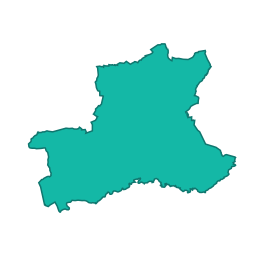 outline of Marcos Castellanos, Michoacán, Mexico, rotated 260°
{"feature_id": "50627088B85348734298248", "entity_name": "Marcos Castellanos", "entity_type": "district", "adm_level": 2, "iso_a3": "MEX", "parent_name": "Mexico", "parent_adm1": "Michoacán", "projection": "equal_earth", "projection_center": [-102.992, 20.05], "detail": "fine", "context": "isolated", "style": "filled", "palette": "teal", "viewbox_px": 256, "rotation_deg": 260, "n_neighbors": 0, "source": "geoboundaries", "source_scale": "gbopen_adm2", "svg_char_len": 5741}
<svg xmlns="http://www.w3.org/2000/svg" viewBox="0 0 256 256"><g transform="rotate(260 128 128)"><path d="M52.1,187.5L51.7,189.5L51.8,191.8L51.1,192.4L51.0,193.0L52.3,193.3L52.8,194.1L53.1,195.7L54.1,197.0L54.4,198.0L54.6,199.1L56.0,201.9L57.0,202.7L58.2,205.6L58.9,205.6L60.0,207.1L60.4,208.2L60.0,208.9L60.2,209.5L61.3,210.2L61.1,211.6L62.0,213.9L62.7,213.9L63.7,217.6L64.8,219.3L65.9,219.3L66.7,218.7L69.3,219.8L70.3,222.7L72.0,223.5L71.9,225.8L72.2,226.9L72.7,227.5L73.4,227.1L74.1,225.4L75.0,226.0L75.7,225.6L76.4,227.6L77.7,227.4L78.8,228.0L79.8,228.2L80.2,228.8L80.8,228.4L84.7,220.3L84.6,219.0L83.5,216.8L84.5,215.8L85.6,215.8L86.3,215.4L87.9,215.5L88.3,215.1L89.9,215.1L93.7,211.3L98.7,201.6L111.8,197.9L113.7,196.2L119.6,193.6L123.9,195.0L124.0,193.8L124.4,193.8L124.5,193.0L124.2,193.0L124.4,191.9L127.9,192.6L127.7,190.8L128.0,190.7L127.9,188.9L129.4,189.3L129.4,188.6L130.8,188.5L130.8,189.6L132.6,189.0L132.8,187.8L133.9,187.6L135.0,190.0L136.2,191.9L138.4,193.6L139.5,196.6L140.3,199.8L140.1,201.3L142.9,202.0L145.2,202.9L146.1,202.7L147.9,200.3L148.4,199.1L150.5,200.5L152.2,201.1L152.3,201.4L154.5,201.3L156.1,202.4L156.8,203.2L157.7,203.7L157.9,203.5L158.5,204.5L160.6,206.5L161.6,209.0L162.2,209.6L163.4,210.2L163.5,210.8L164.0,211.7L166.6,213.2L166.7,213.4L166.4,214.2L167.6,215.4L167.7,215.0L169.2,216.5L171.1,217.3L171.9,218.3L172.0,218.0L174.0,220.5L175.5,219.7L176.3,220.0L181.8,218.1L188.1,216.7L189.6,217.6L190.9,217.5L191.0,210.6L190.1,210.0L190.4,208.9L190.3,207.4L189.6,206.5L188.7,206.3L186.7,204.4L186.2,203.5L185.0,199.2L186.1,194.3L187.7,190.2L188.1,187.1L189.8,184.0L186.6,182.9L187.3,181.9L189.5,180.1L190.2,179.8L191.6,179.6L193.6,179.8L195.0,180.6L197.4,181.0L198.7,180.8L198.7,180.5L199.6,179.7L200.7,179.9L201.4,179.2L202.2,179.4L203.9,179.2L204.4,179.0L205.0,175.6L204.3,174.4L204.7,171.8L201.3,164.0L198.5,165.7L197.6,164.9L196.7,162.7L196.2,157.9L195.6,158.5L194.0,154.1L192.5,152.7L192.8,152.2L192.6,151.2L191.7,149.9L190.6,149.0L191.9,147.1L192.2,145.9L191.5,145.0L191.3,143.8L190.4,141.4L193.9,137.9L192.4,135.3L193.6,131.3L192.5,128.4L191.6,128.5L192.5,126.1L191.9,126.1L192.8,123.8L193.0,123.7L193.0,122.7L192.9,122.6L193.7,120.2L192.4,119.9L193.0,116.8L193.8,115.1L192.1,114.5L193.0,113.6L193.0,112.3L193.8,111.0L193.9,107.9L192.3,108.5L185.7,108.0L184.6,107.7L183.2,106.9L182.5,106.1L179.8,105.2L179.4,104.1L178.6,103.7L177.2,104.0L173.1,103.9L170.6,104.5L169.8,104.9L169.1,106.5L164.8,105.9L164.3,107.5L164.4,107.9L163.8,108.9L163.3,108.8L163.3,109.0L156.0,105.9L155.1,104.4L154.6,104.1L155.1,102.9L153.6,101.4L152.4,99.4L150.6,99.1L148.8,97.4L148.2,97.2L147.7,96.4L145.5,98.5L144.4,100.0L143.8,99.2L142.8,98.8L141.2,97.3L140.1,92.7L137.4,93.5L131.4,92.4L130.2,85.6L131.3,86.2L133.9,85.6L134.2,82.0L135.0,82.3L136.4,81.2L137.2,80.3L136.6,79.9L136.0,79.0L135.8,77.3L136.4,74.7L137.4,73.2L137.7,70.0L138.6,66.9L137.3,53.1L138.6,49.1L139.2,47.8L139.2,47.2L138.7,45.3L139.0,42.9L138.6,41.8L139.0,39.9L138.7,39.2L139.7,38.7L139.4,38.3L137.1,37.0L136.7,35.2L135.8,33.7L134.5,32.3L134.4,31.4L133.9,30.6L132.8,30.6L131.4,30.0L129.6,27.3L126.9,27.2L125.8,27.6L125.3,28.3L124.7,30.1L124.3,32.5L123.5,34.3L123.0,38.8L122.9,42.8L122.0,43.2L119.9,43.4L117.9,44.7L113.2,44.8L110.6,43.6L108.2,43.4L105.5,42.5L104.6,43.0L103.5,43.2L102.7,43.9L100.7,43.9L99.9,43.7L99.4,43.9L98.3,44.0L96.9,44.5L95.8,44.0L94.9,44.1L93.9,43.2L93.6,42.3L94.0,42.0L94.2,40.9L94.1,39.8L93.0,36.4L92.3,35.5L92.1,34.7L92.2,34.0L89.6,30.6L85.2,31.7L66.8,32.5L66.9,33.2L65.9,33.4L64.5,35.8L65.9,38.2L67.7,43.2L63.4,44.7L58.3,45.5L57.1,46.2L56.9,46.7L57.2,47.1L58.0,47.5L58.9,49.6L59.2,52.0L58.2,53.5L57.8,55.1L58.4,56.1L59.5,56.3L61.8,54.5L63.3,54.2L64.4,54.4L64.8,54.7L65.0,55.3L65.1,57.1L64.9,58.1L65.2,58.9L66.5,60.3L65.7,63.3L65.6,66.3L64.5,70.1L64.2,72.3L63.8,73.5L63.3,74.5L61.3,76.5L60.5,78.8L60.6,80.3L60.0,81.8L60.0,82.8L59.2,82.9L59.1,83.3L59.5,84.0L60.2,84.5L60.4,85.2L61.1,85.6L61.5,87.3L63.3,90.1L64.1,90.7L64.4,91.8L64.2,93.0L64.3,93.5L66.5,94.6L67.4,96.2L68.2,96.7L68.2,97.6L67.3,98.4L66.6,98.4L65.9,98.8L65.7,99.8L66.0,100.9L66.7,101.6L68.0,102.3L68.4,103.1L68.0,104.8L66.9,106.6L66.8,107.6L67.5,110.1L68.0,110.8L69.6,112.0L69.5,112.4L68.3,112.7L68.1,113.0L68.1,114.8L69.0,116.9L69.3,118.3L69.8,119.1L71.1,119.7L71.9,119.2L72.9,119.4L73.2,119.7L73.2,120.1L72.2,120.9L72.1,121.6L72.8,121.8L73.4,122.7L73.6,124.5L73.4,125.7L75.2,124.5L75.7,124.6L76.0,125.4L76.2,127.7L75.8,128.9L76.3,129.2L76.5,129.5L76.3,130.8L76.5,131.3L76.1,131.5L75.5,131.3L74.9,130.7L74.1,129.2L72.8,128.4L72.1,128.5L71.7,129.0L71.7,130.0L72.4,130.8L72.3,132.2L71.6,132.9L71.0,134.0L70.3,134.3L70.8,134.8L70.9,135.6L70.7,137.8L71.4,138.5L71.8,140.1L71.6,140.6L71.6,141.0L71.2,141.6L71.5,142.1L71.4,142.4L70.7,142.6L70.1,142.4L70.1,143.1L70.3,143.7L71.1,143.8L71.8,144.6L72.2,144.6L72.6,145.0L73.1,145.2L73.1,145.7L73.4,146.8L73.2,147.4L72.4,148.1L72.3,148.6L70.4,149.3L69.5,149.9L68.7,151.0L67.6,150.7L66.2,151.2L66.0,150.0L65.7,149.9L65.3,150.3L65.1,151.2L64.1,151.1L63.5,153.1L63.4,153.8L65.2,155.8L65.3,155.7L64.9,155.0L65.0,154.7L66.5,154.7L66.7,155.2L66.4,155.5L66.6,156.4L65.7,156.8L65.4,157.3L65.3,158.3L64.8,158.4L64.6,158.8L64.2,158.9L63.1,159.5L63.1,160.0L63.6,160.5L63.2,161.0L63.3,162.7L62.8,163.4L62.9,164.1L62.3,164.2L62.3,164.6L62.7,164.9L61.6,165.4L61.2,165.3L60.7,166.5L60.7,167.3L60.2,167.5L60.0,168.2L59.6,168.4L59.7,169.0L58.6,168.7L55.9,171.2L56.1,172.2L56.8,173.1L56.4,174.8L55.3,176.2L54.7,176.1L54.2,175.5L53.8,175.7L54.1,177.9L54.4,178.3L56.5,178.8L57.2,178.7L57.2,179.2L56.7,179.5L56.6,180.0L56.1,180.2L55.6,180.8L56.2,181.2L56.7,181.2L57.2,180.9L57.4,181.2L57.4,181.5L56.6,182.5L56.6,183.0L57.1,183.4L56.9,183.8L55.4,185.0L55.0,185.6L53.5,185.8L52.1,187.5Z" fill="#14b8a6" stroke="#0f766e" stroke-width="1.5"/></g></svg>